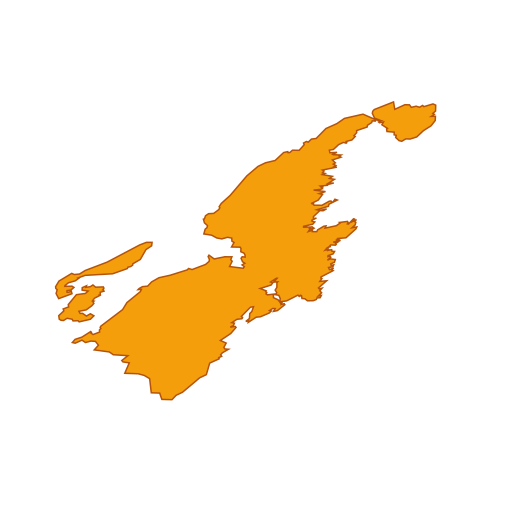 the district of Sømna nor, Nordland, Norway, rotated 169°
{"feature_id": "86288312B60558696179500", "entity_name": "Sømna nor", "entity_type": "district", "adm_level": 2, "iso_a3": "NOR", "parent_name": "Norway", "parent_adm1": "Nordland", "projection": "natural_earth1", "projection_center": [12.23, 65.321], "detail": "fine", "context": "isolated", "style": "filled", "palette": "amber", "viewbox_px": 512, "rotation_deg": 169, "n_neighbors": 0, "source": "geoboundaries", "source_scale": "gbopen_adm2", "svg_char_len": 6145}
<svg xmlns="http://www.w3.org/2000/svg" viewBox="0 0 512 512"><g transform="rotate(169 256 256)"><path d="M301.9,176.2L307.1,179.9L295.6,184.7L289.2,189.7L289.9,190.8L294.9,191.1L291.4,192.1L290.0,194.2L292.5,195.2L286.8,197.5L281.8,197.1L280.9,198.1L281.9,199.5L271.2,206.8L268.1,206.7L270.7,202.3L273.1,200.7L274.4,195.9L278.5,193.7L275.7,193.8L276.3,192.3L267.5,195.9L263.2,195.5L253.9,197.5L251.5,199.1L253.1,199.9L249.5,201.3L247.2,200.7L249.4,198.3L245.4,198.3L237.0,202.7L237.4,203.8L240.6,203.6L239.4,205.3L240.9,205.0L242.7,208.8L246.8,211.8L246.5,214.2L244.7,215.1L252.2,215.7L253.4,216.9L252.4,218.1L253.3,219.2L252.7,219.9L258.2,223.3L246.7,224.6L244.6,226.5L246.6,227.7L240.2,230.3L239.5,230.1L243.7,227.0L239.6,226.5L240.6,225.7L241.5,221.2L243.7,218.9L242.6,216.1L244.0,214.2L241.1,213.0L240.3,209.4L241.2,207.6L240.2,206.4L234.5,206.1L222.3,209.6L221.3,208.1L220.1,209.0L218.8,208.6L220.7,208.4L218.9,208.2L219.0,205.5L216.2,204.7L214.0,202.2L208.3,201.2L205.1,201.8L204.1,203.2L201.0,202.8L199.4,204.8L202.4,204.9L198.6,207.4L200.0,209.7L197.4,211.8L200.1,211.6L200.8,212.7L191.4,218.2L198.2,218.9L195.6,221.3L196.6,222.1L196.0,223.1L183.1,226.9L184.6,228.1L182.1,229.2L186.5,228.7L187.0,230.9L182.6,230.7L181.4,232.5L184.0,232.4L184.1,234.0L180.2,234.9L178.8,237.4L183.6,239.0L186.7,238.3L182.8,240.5L183.6,241.8L185.5,241.7L185.2,242.6L179.8,243.4L178.0,245.5L180.5,246.1L180.5,247.8L185.5,247.8L182.9,249.1L186.9,248.6L184.4,250.6L180.6,251.1L182.2,251.4L180.5,252.6L176.0,251.5L175.1,252.0L175.6,253.0L173.4,253.9L177.6,254.9L170.0,255.1L174.6,256.4L170.2,257.1L173.4,257.7L164.2,256.7L152.7,263.6L151.5,265.3L156.4,265.4L152.7,267.6L151.6,270.0L152.8,271.1L150.4,272.6L154.5,271.5L152.5,273.6L153.2,273.9L159.2,269.7L160.2,270.1L159.2,271.4L159.6,272.5L167.5,273.0L166.9,272.4L171.4,270.4L182.9,270.2L181.5,272.2L183.8,272.3L190.5,269.9L191.7,268.3L196.1,269.2L195.7,270.6L200.0,270.0L197.9,272.0L194.6,271.8L193.7,272.2L194.9,273.2L194.7,272.1L197.8,272.1L198.4,272.6L196.4,273.9L194.4,273.6L203.8,275.2L203.6,276.1L194.2,276.4L191.8,278.2L194.3,279.3L194.3,280.5L189.4,281.7L192.5,281.7L192.1,283.7L184.7,288.4L181.5,287.6L177.7,288.8L184.4,288.5L187.4,289.8L175.4,291.0L174.5,292.9L165.5,295.4L167.7,296.7L169.8,294.6L171.5,294.2L171.9,295.7L173.7,295.8L181.6,293.2L189.2,294.8L190.3,296.3L188.9,296.9L192.0,296.9L184.2,299.0L178.9,303.8L182.1,305.2L175.5,306.0L186.9,309.7L180.0,309.1L177.9,309.4L178.9,311.1L176.5,310.9L178.4,311.4L179.5,312.4L171.7,311.7L173.4,312.4L165.7,312.8L171.2,313.6L164.4,316.3L169.1,318.1L165.8,319.6L175.2,323.2L172.5,323.9L174.9,325.0L173.1,326.4L174.4,327.7L159.6,327.8L163.7,328.4L160.3,329.6L162.6,331.5L160.3,332.3L162.7,335.7L153.7,336.8L155.3,338.2L153.3,338.9L160.8,340.7L161.4,341.2L156.7,342.3L163.8,343.3L163.8,345.9L159.7,345.8L153.6,349.6L148.7,350.8L146.1,349.8L146.7,349.3L145.3,349.9L145.7,351.2L139.7,351.6L135.8,354.4L136.9,355.4L133.6,357.9L133.3,359.9L122.3,361.4L121.6,363.1L117.0,364.9L116.1,366.5L112.6,365.5L113.5,366.3L112.0,366.6L123.9,374.8L142.9,374.2L151.4,370.5L163.0,367.8L174.5,359.9L179.3,360.2L183.0,357.8L184.6,358.8L187.8,357.8L187.5,356.0L193.5,351.5L200.0,352.9L203.1,351.1L204.8,351.3L204.9,352.4L209.1,352.3L219.0,346.1L228.9,345.7L236.9,343.6L249.7,336.4L269.8,320.4L280.1,314.2L282.8,311.4L282.3,310.2L283.8,308.6L289.4,305.9L294.5,306.6L297.9,305.1L299.6,302.2L300.6,302.2L300.3,298.4L297.8,295.1L298.7,293.2L300.8,292.0L303.0,287.6L295.6,284.9L291.1,281.2L286.3,279.3L280.4,279.8L276.4,278.2L276.8,275.1L275.0,273.5L278.3,269.5L269.9,267.7L269.3,266.4L270.1,263.1L267.2,261.1L266.6,258.9L266.9,257.0L269.7,257.9L271.1,256.6L270.3,252.9L268.3,251.0L271.4,249.9L269.5,247.8L270.9,246.4L284.0,250.7L280.4,255.4L281.5,257.2L279.8,259.8L286.8,261.2L297.6,261.1L302.0,265.8L303.1,264.6L302.4,261.6L303.0,259.7L307.2,257.3L321.3,254.9L324.6,256.6L326.1,255.5L343.9,253.5L355.4,253.2L363.4,250.5L368.1,247.1L373.3,247.6L376.9,246.4L378.2,245.5L374.9,245.1L376.3,243.1L391.6,234.9L397.2,228.8L421.6,216.8L422.6,215.7L422.1,214.4L423.8,213.3L424.0,211.2L430.9,210.0L432.9,212.0L432.1,212.5L432.7,213.4L442.3,209.6L449.5,208.7L452.8,206.1L450.1,204.9L442.9,206.6L439.9,203.6L434.3,204.0L429.9,202.8L427.7,198.5L432.7,194.7L418.3,189.8L414.9,186.3L400.8,182.6L407.7,179.0L406.8,177.4L400.8,175.3L407.2,165.9L394.2,162.9L388.5,160.1L383.8,155.9L384.9,141.7L376.7,139.8L375.8,133.2L365.9,131.0L361.0,134.5L354.1,136.3L334.5,147.2L327.4,149.0L321.9,159.7L311.8,162.1L312.0,163.3L308.8,164.1L309.6,165.7L307.5,167.4L300.8,169.7L304.3,170.7L305.0,172.4L301.9,176.2ZM93.5,341.9L91.0,340.8L86.6,342.4L82.4,341.4L75.5,342.2L67.7,347.1L59.3,350.4L54.2,354.8L53.2,358.9L57.3,359.6L53.9,361.0L55.3,362.2L52.1,364.0L50.8,369.8L53.2,371.5L62.7,370.6L63.7,372.0L67.1,370.8L70.2,372.5L75.2,372.3L76.5,375.1L81.0,376.1L91.8,373.5L91.6,381.0L112.0,377.2L113.8,375.8L114.6,373.9L113.3,368.7L109.9,366.6L111.7,366.5L107.3,364.9L110.1,364.2L109.3,363.2L105.3,363.2L107.4,360.8L102.6,356.2L103.6,355.7L103.7,353.2L96.7,351.2L97.3,348.6L95.3,347.7L96.3,345.7L93.5,341.9ZM440.2,274.1L454.2,269.0L458.6,264.1L458.7,262.3L457.6,260.9L459.4,257.3L457.8,251.8L443.8,254.1L444.0,256.5L447.5,256.2L448.5,256.7L448.1,258.1L444.1,257.9L440.7,259.9L442.4,261.5L449.5,262.7L449.1,263.5L445.2,265.5L438.2,266.1L434.3,267.9L434.9,268.4L427.4,269.6L400.1,265.9L384.7,268.2L383.8,269.5L381.3,269.5L378.8,270.5L378.5,271.8L370.2,274.7L362.8,283.3L356.5,285.9L355.4,289.2L361.0,290.3L367.9,289.1L403.3,278.4L426.3,274.4L432.7,272.0L438.0,272.5L440.2,274.1ZM442.2,225.1L430.6,225.5L426.5,228.2L429.6,230.9L433.9,229.4L437.2,232.8L439.6,233.2L440.4,235.5L433.0,235.5L426.6,238.5L424.2,240.4L424.7,242.0L423.7,242.6L425.1,243.1L422.6,245.4L416.7,247.1L417.2,247.6L416.2,247.7L415.9,250.1L411.9,250.5L412.5,252.1L411.6,252.4L412.6,252.4L411.4,253.5L411.8,254.8L419.4,256.0L421.6,258.7L424.5,257.5L429.0,257.7L428.1,259.1L432.6,258.1L433.2,255.7L427.5,253.6L430.6,251.8L439.7,252.3L449.6,244.1L449.6,241.8L455.4,240.8L455.1,238.8L461.0,235.1L461.2,231.5L459.7,230.1L457.3,229.4L453.3,230.9L448.5,229.0L448.0,227.2L443.0,226.4L442.2,225.1Z" fill="#f59e0b" stroke="#b45309" stroke-width="1.5"/></g></svg>